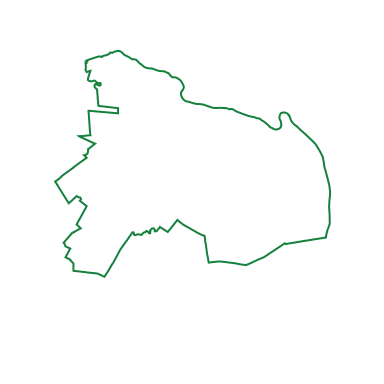 Pecica, Arad, Romania (Robinson projection), rotated 198°
{"feature_id": "2599482B59878400155877", "entity_name": "Pecica", "entity_type": "district", "adm_level": 2, "iso_a3": "ROU", "parent_name": "Romania", "parent_adm1": "Arad", "projection": "robinson", "projection_center": [21.086, 46.219], "detail": "fine", "context": "isolated", "style": "outline", "palette": "green", "viewbox_px": 384, "rotation_deg": 198, "n_neighbors": 0, "source": "geoboundaries", "source_scale": "gbopen_adm2", "svg_char_len": 6043}
<svg xmlns="http://www.w3.org/2000/svg" viewBox="0 0 384 384"><g transform="rotate(198 192 192)"><path d="M223.0,276.8L225.5,276.4L227.2,276.7L229.3,277.6L231.4,279.5L232.6,281.2L233.2,283.5L232.1,286.9L232.1,288.8L232.7,290.3L234.5,292.2L236.7,294.1L238.6,295.1L242.5,296.0L243.6,295.8L244.8,295.4L246.1,295.1L247.3,295.5L248.9,296.2L250.9,297.7L252.8,297.7L254.1,298.1L255.7,298.1L256.4,298.0L260.4,297.0L263.5,296.9L265.6,297.0L268.8,297.1L269.8,296.5L273.4,296.0L276.2,296.2L277.4,296.7L279.9,297.8L280.7,297.9L281.6,298.2L282.4,298.6L284.1,299.6L286.2,300.5L287.8,300.4L289.8,299.8L292.4,300.4L294.1,300.9L296.2,301.1L298.4,301.5L299.6,301.8L300.6,302.5L302.8,303.5L304.4,303.6L305.6,303.5L308.0,302.2L310.0,300.7L310.7,299.7L312.9,299.4L313.6,297.5L315.6,295.7L317.8,294.5L319.5,293.1L318.4,292.8L322.2,292.3L325.0,290.4L332.7,284.7L332.0,283.8L333.4,283.3L332.2,281.9L333.0,281.3L332.5,280.7L332.3,279.8L331.7,278.9L331.1,275.4L329.3,273.5L326.1,275.8L326.0,267.7L325.7,266.6L325.6,266.4L325.1,266.2L324.3,266.0L323.5,265.8L322.8,266.0L321.8,266.1L321.4,266.3L319.9,267.5L319.5,267.7L319.2,267.8L318.8,267.8L318.4,267.7L317.1,267.1L316.8,266.8L316.6,266.7L315.3,266.6L314.6,266.6L313.8,266.8L313.1,267.3L312.8,267.3L312.2,266.7L312.1,266.3L312.0,265.4L312.6,264.6L313.1,264.5L313.7,264.6L314.8,264.7L316.0,264.9L317.0,264.8L317.2,264.6L317.5,264.5L317.8,264.0L317.6,263.7L317.6,263.3L317.2,262.1L316.9,261.7L315.3,260.7L315.1,260.6L314.4,260.4L314.1,260.3L313.8,259.7L313.2,258.5L313.2,258.1L312.4,256.3L312.1,255.7L310.6,252.0L310.6,251.7L309.9,250.2L309.6,250.0L308.7,247.5L308.7,247.0L308.5,246.9L308.2,246.3L307.5,245.0L288.2,248.9L286.6,244.0L315.5,237.3L315.2,236.1L314.9,235.6L314.5,235.0L313.6,232.5L312.2,229.1L308.0,218.7L306.1,214.5L308.2,213.8L309.4,213.2L311.5,212.2L316.6,210.2L315.6,209.9L306.1,208.8L302.3,208.3L299.1,208.0L300.2,206.5L302.9,202.2L304.1,200.5L303.5,199.0L303.3,197.5L303.3,196.3L304.1,194.8L306.0,193.7L302.8,192.0L304.7,189.3L306.0,187.6L308.2,184.6L312.3,178.9L312.3,178.6L320.7,167.1L320.7,166.5L321.6,165.2L321.8,164.9L321.9,164.3L322.9,163.1L322.9,162.9L325.4,159.7L323.0,157.7L319.7,154.9L309.0,145.9L305.7,143.2L303.3,147.3L301.8,150.1L300.4,152.5L298.0,151.9L296.6,152.2L296.2,152.0L295.3,150.8L295.9,149.0L293.8,148.2L287.8,146.0L289.6,136.2L291.0,129.2L291.7,125.5L286.6,123.1L292.1,117.3L291.9,117.1L293.6,115.8L293.7,115.0L297.3,106.7L298.4,104.0L297.5,103.5L296.8,102.9L295.5,101.2L290.3,100.6L292.1,90.8L286.9,90.1L286.8,89.6L284.0,88.1L282.7,87.4L281.7,84.5L281.6,83.9L280.3,80.4L277.4,81.0L275.6,81.4L273.6,81.8L271.4,82.2L269.4,82.7L266.9,83.1L262.7,84.0L258.5,84.9L257.3,85.1L256.5,85.3L254.8,85.0L252.8,84.8L251.0,84.5L249.1,84.3L249.0,84.8L248.6,86.2L248.2,87.6L246.7,93.2L246.6,94.2L246.0,96.8L245.9,97.7L245.7,98.5L245.5,99.1L245.4,99.3L245.2,99.6L244.5,103.1L243.9,106.6L243.5,108.6L243.2,110.7L242.8,112.9L242.4,115.0L242.3,115.5L240.3,121.8L239.7,123.8L239.6,124.3L239.3,124.7L236.2,135.1L235.9,135.5L235.6,135.5L235.2,135.3L234.9,135.3L234.7,135.1L234.3,134.0L233.9,133.5L233.2,133.3L232.7,133.5L232.1,133.8L231.0,134.7L230.5,135.0L230.1,135.2L229.9,135.3L228.1,135.4L227.3,135.4L227.0,135.4L226.7,135.8L225.9,137.7L225.3,138.5L224.1,139.3L224.0,139.5L223.5,140.7L223.3,140.8L223.1,140.9L221.5,140.6L221.1,140.3L219.8,139.5L219.3,139.6L219.1,139.9L219.1,140.4L219.2,140.6L219.7,141.3L219.5,141.8L219.5,142.1L219.5,142.3L219.6,142.5L219.9,142.7L218.8,144.8L218.7,145.0L217.9,145.3L217.3,145.5L216.9,145.5L216.5,145.2L216.1,145.0L215.9,144.8L215.8,144.7L215.6,144.1L215.5,143.4L215.4,143.2L215.2,143.1L214.6,143.2L213.5,143.9L212.7,146.1L212.0,147.9L211.7,148.8L206.7,147.5L203.5,146.7L202.7,146.5L201.9,148.5L201.2,150.4L200.6,151.9L199.8,154.2L199.1,155.9L198.6,157.6L197.8,159.2L197.3,160.9L195.4,160.2L194.2,159.7L190.8,158.4L185.8,157.3L184.0,157.0L180.7,156.3L178.7,155.9L175.7,155.2L172.3,154.6L170.8,154.3L169.6,154.2L168.4,154.2L167.3,154.2L166.5,154.2L165.7,152.6L165.4,151.9L165.1,151.1L164.4,149.8L163.9,148.6L163.2,147.4L162.3,145.8L160.5,141.9L158.5,137.7L157.3,135.7L156.3,133.8L155.3,131.9L154.3,130.0L150.1,132.0L148.2,132.8L145.1,134.2L144.8,134.3L139.8,135.5L138.1,135.8L130.1,137.3L126.8,137.8L126.5,137.8L123.4,138.2L120.0,138.8L118.1,139.1L114.2,142.5L112.5,144.1L109.1,147.3L105.9,150.1L103.3,152.4L101.6,154.5L98.4,158.6L93.6,164.6L91.4,167.4L89.7,169.6L87.9,171.9L86.5,171.5L86.3,171.7L84.2,172.9L79.4,175.3L73.9,178.2L50.6,190.1L50.9,191.8L51.1,193.4L51.3,195.6L51.4,198.7L51.2,199.9L51.2,200.5L51.2,203.5L51.2,204.2L51.7,205.9L52.2,207.4L53.3,210.5L54.2,213.2L55.7,216.9L56.6,219.0L57.6,222.3L58.7,226.5L59.6,230.8L60.5,234.4L63.4,240.6L64.2,241.9L65.6,244.2L66.4,245.5L71.2,252.9L73.4,256.1L74.4,257.9L75.9,261.0L78.3,265.5L82.0,269.4L88.6,275.2L90.8,276.6L96.6,279.4L102.7,282.3L107.0,284.1L112.2,286.6L112.7,287.1L113.4,287.1L114.6,287.4L115.5,287.8L116.1,288.1L117.2,288.7L118.0,289.1L119.4,290.2L120.2,291.1L120.6,291.5L121.2,292.4L121.7,293.0L122.2,293.6L122.9,294.1L122.9,294.6L123.6,295.1L124.2,295.2L124.3,295.4L124.6,295.7L125.1,295.9L125.9,296.1L126.7,296.2L127.4,296.2L128.2,296.2L129.5,296.0L130.2,295.4L130.6,295.3L131.3,295.0L131.6,294.7L132.0,294.1L132.0,293.4L132.1,292.8L132.2,292.3L132.0,290.5L131.9,289.8L131.6,289.1L130.9,288.2L129.6,286.9L128.5,285.0L127.9,283.6L127.6,282.4L127.7,281.4L127.8,280.7L128.5,279.4L129.4,278.6L130.7,277.7L131.9,277.2L132.7,277.2L133.6,277.2L135.0,277.5L137.4,277.7L137.6,278.0L138.3,278.0L139.8,279.0L142.2,279.9L144.0,280.7L145.6,281.3L147.5,281.6L149.3,282.3L149.7,282.6L150.8,282.6L151.4,282.5L152.7,282.3L156.2,282.4L159.9,281.9L162.5,281.8L164.7,281.9L166.9,281.9L172.5,282.2L174.8,282.3L177.5,283.0L178.1,283.2L179.3,283.3L180.2,283.2L181.0,282.8L182.0,282.2L183.1,282.4L185.0,282.4L186.6,282.1L187.1,281.6L187.7,281.7L191.8,280.6L194.2,279.6L196.6,278.9L199.0,278.5L200.3,278.5L202.6,278.6L203.0,278.5L203.5,278.6L204.5,278.5L206.0,278.7L207.4,278.7L209.7,278.4L211.1,278.2L212.3,277.9L213.6,277.5L214.6,277.2L218.4,276.8L223.0,276.8Z" fill="none" stroke="#15803d" stroke-width="2"/></g></svg>